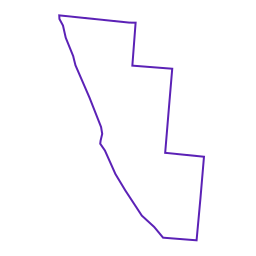 the district of Lake, Ohio, United States of America, rotated 275°
{"feature_id": "52423323B78273597344346", "entity_name": "Lake", "entity_type": "district", "adm_level": 2, "iso_a3": "USA", "parent_name": "United States of America", "parent_adm1": "Ohio", "projection": "natural_earth1", "projection_center": [-81.217, 41.712], "detail": "fine", "context": "isolated", "style": "outline", "palette": "violet", "viewbox_px": 256, "rotation_deg": 275, "n_neighbors": 0, "source": "geoboundaries", "source_scale": "gbopen_adm2", "svg_char_len": 510}
<svg xmlns="http://www.w3.org/2000/svg" viewBox="0 0 256 256"><g transform="rotate(275 128 128)"><path d="M233.6,126.4L233.1,120.2L234.2,49.7L230.6,50.2L224.4,54.3L212.5,58.1L194.7,67.2L193.4,67.6L185.9,70.2L154.7,87.1L126.6,101.1L120.0,102.8L119.8,102.8L113.0,101.8L109.9,101.7L103.5,107.0L81.0,119.5L65.5,130.8L41.9,149.4L31.7,162.7L21.8,172.5L22.0,196.1L22.1,206.1L64.4,206.3L106.0,206.2L106.5,167.2L151.8,167.0L190.9,166.9L190.5,126.9L233.6,126.4Z" fill="none" stroke="#5b21b6" stroke-width="2"/></g></svg>